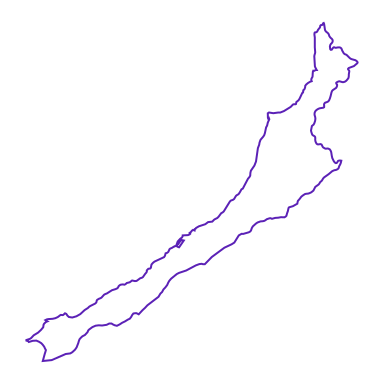 West Coast, Natural Earth projection
{"feature_id": "NZL-3406", "entity_name": "West Coast", "entity_type": "Regional Council", "adm_level": 1, "iso_a3": "NZL", "parent_name": "New Zealand", "parent_adm1": "", "projection": "natural_earth1", "projection_center": [171.032, -42.634], "detail": "fine", "context": "isolated", "style": "outline", "palette": "violet", "viewbox_px": 384, "rotation_deg": 0, "n_neighbors": 0, "source": "natural_earth", "source_scale": "10m", "svg_char_len": 5925}
<svg xmlns="http://www.w3.org/2000/svg" viewBox="0 0 384 384"><path d="M28.8,342.0L28.2,341.2L26.4,340.6L26.4,340.0L29.8,338.9L31.1,338.1L33.7,335.3L38.1,332.6L40.9,330.0L43.2,327.3L43.6,324.6L44.2,323.6L45.7,322.2L46.5,321.7L47.3,321.4L46.9,321.2L45.4,320.1L46.8,319.4L48.2,319.1L52.6,318.8L55.3,318.2L57.7,317.1L59.1,316.1L59.8,315.5L60.8,314.9L62.7,315.1L63.3,314.9L65.0,313.3L66.3,313.9L67.4,315.6L68.9,317.0L72.3,317.5L76.4,316.3L80.3,314.1L84.6,310.1L87.9,308.0L89.2,306.7L90.5,305.9L95.1,303.6L96.2,302.6L96.5,301.9L96.6,301.0L96.9,300.2L97.4,299.7L99.3,298.6L100.0,298.4L101.4,297.7L104.1,294.7L105.4,294.0L106.8,293.5L112.0,290.2L115.6,289.1L117.5,288.2L118.4,286.8L118.7,286.1L119.5,285.4L120.4,284.8L121.1,284.6L123.0,284.4L124.3,284.7L124.9,284.5L125.7,284.0L126.8,283.0L129.7,282.3L132.1,280.5L135.0,281.1L136.6,280.9L140.3,278.2L141.8,277.8L142.9,277.1L145.3,273.7L146.4,272.5L146.8,271.6L146.8,270.4L148.3,268.8L150.2,268.5L150.9,267.7L151.1,266.4L151.5,264.5L153.0,262.8L154.5,261.6L164.1,257.1L165.0,255.7L165.6,253.3L167.2,252.8L168.3,251.9L169.5,249.2L170.2,248.6L171.9,247.9L173.8,246.7L174.7,246.2L175.9,246.0L176.7,246.2L178.3,247.1L179.1,247.3L183.8,240.5L181.5,240.0L179.7,241.9L178.1,244.3L176.3,245.4L177.7,241.5L180.2,238.8L182.0,237.5L182.7,236.1L182.7,235.4L188.0,235.1L189.6,234.4L190.2,233.8L189.6,233.0L190.9,232.0L191.9,230.7L193.0,229.9L194.6,230.5L194.8,229.0L195.6,228.7L196.0,228.0L198.9,226.3L205.3,224.2L208.1,222.1L212.3,221.6L213.9,219.9L214.7,219.3L217.3,218.0L218.6,216.7L221.2,213.2L222.5,212.5L223.7,211.5L229.9,201.5L230.8,200.6L233.0,199.8L234.2,198.9L234.8,197.8L235.9,196.0L236.6,195.3L238.5,194.2L239.7,192.5L241.5,189.3L242.8,188.6L248.0,178.7L249.4,177.1L250.2,175.7L250.4,172.8L250.9,170.7L254.4,165.6L256.0,161.5L257.9,148.1L259.2,144.7L259.5,142.7L260.3,140.4L260.6,139.7L263.1,136.8L264.2,135.2L264.9,133.1L266.1,127.4L267.1,125.6L267.8,122.6L269.3,119.2L268.9,118.1L268.3,118.8L268.0,118.1L267.9,117.6L267.8,113.3L269.0,112.5L273.3,113.2L278.4,112.5L280.3,112.5L283.9,111.1L290.7,106.9L292.6,104.9L293.2,104.4L294.3,104.2L295.2,104.3L295.9,104.1L296.4,102.0L298.5,100.3L299.5,98.8L302.2,93.1L302.6,92.6L302.9,92.6L303.1,92.2L303.3,90.3L303.4,90.1L304.0,89.7L304.6,88.9L304.9,88.0L305.2,87.0L305.2,85.9L306.1,84.6L308.0,83.0L310.2,81.7L311.7,81.2L311.4,80.4L311.3,79.5L311.5,78.6L312.5,76.8L312.6,75.8L312.7,73.8L312.9,71.6L313.3,70.7L314.0,70.9L315.8,70.0L316.7,70.0L315.3,67.4L314.9,66.3L314.3,56.2L314.5,55.1L315.1,53.0L315.2,52.2L314.8,47.4L314.8,37.5L314.4,34.6L314.5,33.0L315.1,32.3L316.0,32.3L316.7,32.0L317.2,31.5L318.1,29.7L319.9,27.5L320.1,26.9L320.2,26.0L320.4,25.6L320.9,25.1L321.9,25.0L322.4,24.8L323.1,23.3L323.7,23.0L324.1,23.9L325.0,30.0L325.8,31.4L328.1,33.3L328.8,34.4L329.3,36.0L330.0,37.1L330.8,38.0L331.8,38.8L332.6,40.0L332.7,41.1L332.4,42.2L331.6,43.3L331.0,43.8L330.3,44.9L329.9,46.4L330.2,49.1L330.8,49.8L331.7,49.7L333.1,47.8L333.7,47.3L334.4,47.3L335.1,47.7L335.9,47.8L338.0,47.4L339.6,47.4L340.5,47.7L341.4,48.5L341.8,49.5L342.2,50.5L342.6,51.3L343.1,52.1L343.7,53.2L344.3,53.8L344.9,54.2L345.8,54.5L346.7,55.0L349.8,58.1L350.8,58.8L351.8,59.2L355.4,60.2L356.7,61.1L357.4,61.9L357.6,62.5L357.3,63.2L353.9,66.1L348.8,68.0L348.1,68.7L348.1,69.4L349.1,70.6L349.3,71.1L349.2,72.0L349.0,73.1L348.8,74.6L348.8,76.1L348.5,77.9L347.6,79.2L346.2,80.8L344.9,81.7L343.6,82.1L342.3,82.1L339.6,81.3L338.7,81.4L337.7,81.8L336.6,82.4L336.2,82.9L336.3,83.6L337.1,84.7L337.1,85.6L336.8,86.7L336.1,87.9L332.7,90.2L332.0,91.1L331.5,92.4L330.6,96.1L329.9,98.4L329.0,100.5L328.1,101.5L326.9,102.1L325.1,102.7L324.3,103.6L324.0,104.8L324.2,106.0L324.1,107.2L323.3,107.7L319.7,108.3L318.4,108.8L317.2,109.5L315.7,110.7L315.1,111.7L314.7,112.6L314.5,114.1L314.7,115.5L315.0,116.3L315.2,117.1L315.4,118.7L315.1,120.9L314.3,123.3L313.6,124.6L311.9,126.0L311.0,130.5L311.2,131.5L311.6,132.8L312.2,134.6L312.9,135.3L314.5,136.2L315.1,136.9L315.3,138.1L315.2,139.4L315.4,141.1L315.9,142.5L316.6,143.7L317.4,144.3L318.3,144.4L320.5,144.1L321.5,144.5L322.0,145.3L322.5,146.5L322.9,147.1L323.3,147.5L325.0,148.5L325.7,148.7L327.6,148.5L328.5,148.7L329.8,149.4L330.6,150.6L331.2,152.1L331.8,155.9L332.3,158.1L333.8,161.2L334.8,162.5L335.8,163.1L336.6,163.0L337.1,162.5L338.1,160.9L338.6,160.7L340.0,160.5L341.3,160.7L340.9,162.5L340.6,163.4L340.2,164.4L339.2,166.2L338.9,167.2L338.5,168.3L337.6,169.2L335.8,170.0L334.4,170.2L332.3,171.1L328.6,174.2L324.1,177.4L323.1,178.5L322.3,179.9L321.7,180.8L320.1,182.2L319.4,183.5L318.6,184.5L315.3,186.9L313.4,190.6L311.3,192.3L309.4,193.2L308.1,193.6L306.0,193.8L304.9,194.1L302.8,195.5L301.3,196.7L299.6,199.0L297.9,200.9L297.6,202.0L297.3,203.7L292.9,206.2L289.1,207.3L288.7,207.7L288.4,208.6L287.9,211.0L287.0,213.5L286.7,214.7L286.4,215.8L285.6,216.6L284.5,217.3L280.9,217.2L278.2,217.7L275.2,217.9L272.0,218.8L271.6,218.7L271.1,218.4L270.4,218.2L269.5,218.3L266.8,219.2L265.3,220.3L264.2,220.9L262.9,221.2L260.5,221.4L257.5,222.5L255.9,223.6L252.8,226.4L251.8,228.1L251.0,230.5L250.2,231.5L248.8,232.3L243.2,233.9L241.6,233.8L238.8,235.4L234.3,242.6L231.6,244.3L224.4,247.7L211.8,257.0L204.8,264.2L202.9,264.2L201.7,263.8L199.3,264.1L195.8,265.4L186.2,270.5L179.0,272.9L176.7,274.1L171.1,278.7L169.3,280.8L168.2,282.7L167.2,285.0L165.3,287.5L163.4,289.5L162.1,292.0L160.4,293.6L158.5,296.8L147.4,305.3L145.0,307.9L142.5,310.2L138.7,314.3L136.5,313.2L135.2,313.2L133.4,313.5L132.2,315.0L131.2,316.9L129.8,318.7L127.7,319.7L125.0,321.4L122.1,322.8L119.7,324.4L116.9,325.8L114.5,325.2L112.7,324.3L111.5,323.5L109.3,323.5L106.7,324.8L102.2,325.5L98.7,325.3L95.6,325.7L92.4,327.1L89.0,329.6L88.2,330.5L87.5,332.2L84.9,335.0L82.4,336.3L80.8,337.8L79.5,339.3L78.8,341.2L78.3,343.0L76.6,347.4L75.0,349.7L72.3,352.2L70.3,353.4L65.7,354.0L51.7,360.1L42.8,361.0L44.8,353.7L45.3,352.2L45.9,350.1L45.0,348.5L44.2,346.7L42.7,344.7L41.3,343.2L38.9,341.7L36.3,340.6L32.7,340.8L28.8,342.0Z" fill="none" stroke="#5b21b6" stroke-width="2"/></svg>